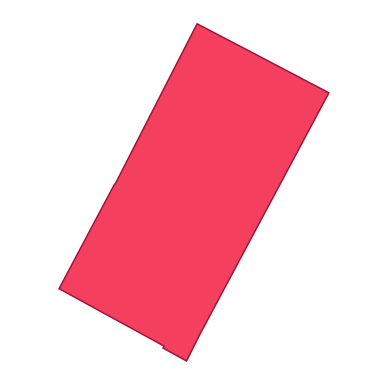 the district of Cheyenne, Colorado, United States of America, rotated 298°
{"feature_id": "52423323B81847933029004", "entity_name": "Cheyenne", "entity_type": "district", "adm_level": 2, "iso_a3": "USA", "parent_name": "United States of America", "parent_adm1": "Colorado", "projection": "orthographic", "projection_center": [-102.366, 38.83], "detail": "fine", "context": "isolated", "style": "filled", "palette": "rose", "viewbox_px": 384, "rotation_deg": 298, "n_neighbors": 0, "source": "geoboundaries", "source_scale": "gbopen_adm2", "svg_char_len": 441}
<svg xmlns="http://www.w3.org/2000/svg" viewBox="0 0 384 384"><g transform="rotate(298 192 192)"><path d="M44.2,120.0L42.8,239.7L40.6,239.7L40.2,266.5L70.0,265.8L337.4,266.3L339.9,266.4L343.8,266.3L343.8,247.6L343.7,245.7L343.7,241.7L343.7,241.0L343.7,237.9L343.6,218.4L343.6,218.0L343.6,213.0L343.5,208.4L343.5,202.8L343.5,198.0L342.9,117.5L163.9,120.4L161.6,119.9L44.2,120.0Z" fill="#f43f5e" stroke="#9f1239" stroke-width="1.5"/></g></svg>